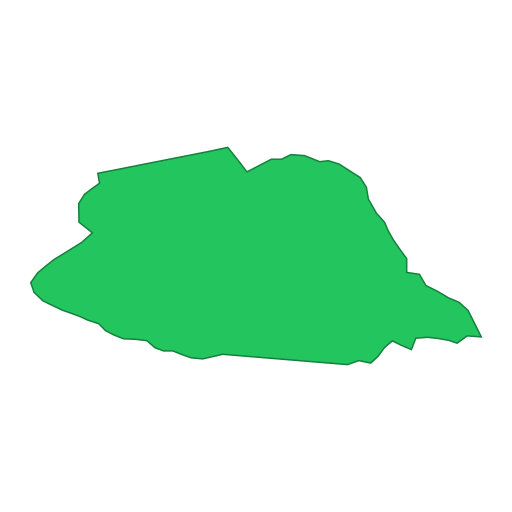 Santa Helena, Santa Catarina, Brazil
{"feature_id": "56859067B59860797410622", "entity_name": "Santa Helena", "entity_type": "district", "adm_level": 2, "iso_a3": "BRA", "parent_name": "Brazil", "parent_adm1": "Santa Catarina", "projection": "albers", "projection_center": [-53.615, -26.92], "detail": "fine", "context": "isolated", "style": "filled", "palette": "green", "viewbox_px": 512, "rotation_deg": 0, "n_neighbors": 0, "source": "geoboundaries", "source_scale": "gbopen_adm2", "svg_char_len": 1012}
<svg xmlns="http://www.w3.org/2000/svg" viewBox="0 0 512 512"><path d="M97.8,173.3L99.5,183.2L91.6,188.9L84.6,194.2L78.7,203.5L79.0,222.2L92.4,232.8L81.6,242.5L53.8,259.7L46.3,265.6L37.7,272.8L30.7,282.7L34.1,292.4L42.9,300.8L51.6,305.1L62.1,310.1L78.7,316.0L88.2,320.3L98.7,323.7L105.5,330.6L113.5,334.8L123.5,338.8L135.5,339.3L146.9,340.7L154.9,347.7L163.5,350.9L172.7,350.9L181.3,354.3L191.0,357.8L202.7,358.9L222.7,354.3L347.5,364.6L358.8,360.6L370.7,363.1L378.0,356.4L384.5,347.5L392.4,340.9L401.1,345.2L411.4,349.6L415.8,338.2L427.7,337.3L437.7,338.4L448.6,340.3L457.2,343.2L467.2,335.9L481.3,336.9L468.1,310.5L459.1,302.3L448.6,297.9L437.6,291.4L425.9,285.5L419.4,274.3L406.7,272.4L406.7,258.7L398.6,247.5L393.0,239.3L388.1,230.5L384.5,222.2L376.4,213.2L368.4,199.1L366.4,187.3L360.3,177.6L350.6,171.4L339.2,164.1L328.4,160.7L319.7,161.7L304.5,155.6L291.0,154.6L281.5,159.2L271.4,159.2L246.9,171.9L240.2,163.0L227.8,147.4L206.9,151.8L97.8,173.3Z" fill="#22c55e" stroke="#15803d" stroke-width="1.5"/></svg>